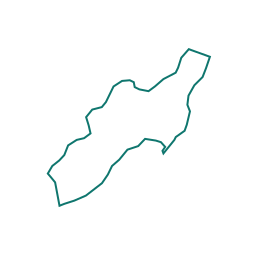 the district of Yuseong-gu, Daejeon, South Korea, rotated 26°
{"feature_id": "91817680B90442190394967", "entity_name": "Yuseong-gu", "entity_type": "district", "adm_level": 2, "iso_a3": "KOR", "parent_name": "South Korea", "parent_adm1": "Daejeon", "projection": "equal_earth", "projection_center": [127.336, 36.369], "detail": "fine", "context": "isolated", "style": "outline", "palette": "teal", "viewbox_px": 256, "rotation_deg": 26, "n_neighbors": 0, "source": "geoboundaries", "source_scale": "gbopen_adm2", "svg_char_len": 832}
<svg xmlns="http://www.w3.org/2000/svg" viewBox="0 0 256 256"><g transform="rotate(26 128 128)"><path d="M170.4,28.1L155.5,29.7L148.1,30.5L145.1,41.5L146.6,51.8L146.6,57.4L138.4,68.5L134.0,78.8L130.3,85.9L121.3,88.3L116.1,88.3L113.1,84.3L108.7,84.3L102.0,88.3L96.8,97.0L96.8,114.4L95.3,120.7L87.8,127.1L85.6,136.6L91.5,142.9L96.7,149.3L93.0,156.4L87.1,161.2L84.0,166.3L81.8,169.9L82.6,180.2L80.4,187.4L76.6,195.3L75.9,204.1L81.1,206.4L86.3,208.8L89.3,212.8L100.5,227.9L104.2,223.9L111.6,216.8L119.8,207.2L128.8,189.0L130.3,178.7L130.3,169.1L134.0,160.4L137.0,147.7L145.1,139.8L148.1,130.3L158.5,127.1L163.8,126.3L169.7,128.7L169.0,133.4L171.0,135.3L174.9,118.4L174.9,115.2L180.1,105.7L179.4,99.3L176.4,85.9L171.2,81.1L168.2,72.4L168.9,60.5L172.7,49.5L171.9,40.0L170.4,28.1Z" fill="none" stroke="#0f766e" stroke-width="2"/></g></svg>